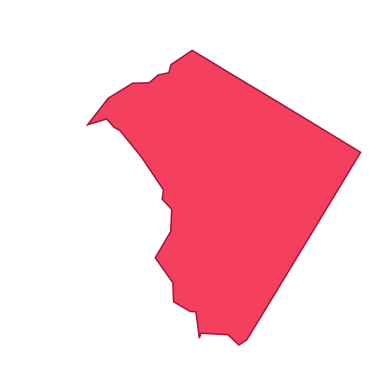 outline of Forsyth, Georgia, United States of America, rotated 121°
{"feature_id": "52423323B49486175403600", "entity_name": "Forsyth", "entity_type": "district", "adm_level": 2, "iso_a3": "USA", "parent_name": "United States of America", "parent_adm1": "Georgia", "projection": "robinson", "projection_center": [-84.104, 34.193], "detail": "fine", "context": "isolated", "style": "filled", "palette": "rose", "viewbox_px": 384, "rotation_deg": 121, "n_neighbors": 0, "source": "geoboundaries", "source_scale": "gbopen_adm2", "svg_char_len": 577}
<svg xmlns="http://www.w3.org/2000/svg" viewBox="0 0 384 384"><g transform="rotate(121 192 192)"><path d="M70.7,198.1L70.5,264.8L93.5,275.6L101.7,273.3L109.1,281.2L109.2,281.3L120.5,285.0L129.3,298.9L154.7,312.1L188.1,316.1L173.3,302.8L176.7,292.1L176.4,285.5L188.2,253.1L204.9,217.5L213.5,213.9L217.3,200.4L236.9,189.9L267.3,189.6L279.7,161.5L295.6,151.3L295.3,132.1L292.7,126.9L313.5,110.4L308.5,111.7L295.8,87.8L299.0,73.0L290.5,68.9L245.7,68.6L151.1,68.2L71.2,67.9L70.9,108.9L70.7,153.5L70.6,179.4L70.7,198.1Z" fill="#f43f5e" stroke="#9f1239" stroke-width="1.5"/></g></svg>